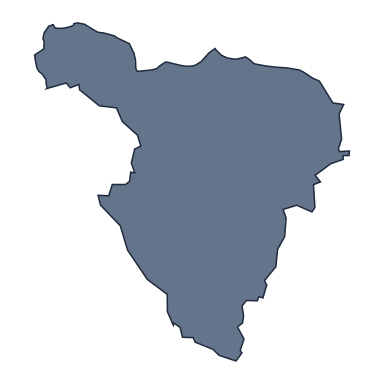 Lipkovo, Lipkovo, North Macedonia
{"feature_id": "65306769B52717367250393", "entity_name": "Lipkovo", "entity_type": "district", "adm_level": 2, "iso_a3": "MKD", "parent_name": "North Macedonia", "parent_adm1": "Lipkovo", "projection": "natural_earth1", "projection_center": [21.557, 42.166], "detail": "fine", "context": "isolated", "style": "filled", "palette": "slate", "viewbox_px": 384, "rotation_deg": 0, "n_neighbors": 0, "source": "geoboundaries", "source_scale": "gbopen_adm2", "svg_char_len": 1820}
<svg xmlns="http://www.w3.org/2000/svg" viewBox="0 0 384 384"><path d="M319.4,81.1L313.0,78.3L302.9,71.7L299.5,70.0L288.4,68.1L286.1,67.8L276.0,67.2L265.5,65.9L259.5,64.8L254.9,63.9L254.1,63.6L252.5,62.4L250.6,60.5L249.8,59.8L245.5,56.9L236.0,59.3L227.6,58.1L223.8,56.4L222.6,55.8L221.2,55.0L216.2,50.1L215.1,48.5L214.5,48.9L209.1,52.8L204.9,57.4L201.4,61.4L196.2,64.7L192.9,66.0L187.1,66.3L181.6,65.6L174.5,63.9L170.8,63.0L167.4,62.2L165.9,62.0L164.5,62.6L158.7,66.7L157.9,68.0L157.1,68.3L153.7,69.5L150.3,70.1L137.3,71.4L137.0,70.7L136.3,69.8L135.8,67.8L135.5,59.8L134.0,53.4L129.4,43.7L117.8,38.2L114.4,35.9L103.9,33.0L101.2,32.7L97.6,32.1L91.7,28.7L84.7,24.3L79.0,23.1L76.3,23.0L73.9,23.7L73.5,25.1L71.2,26.4L65.3,27.9L62.5,28.3L57.8,28.3L55.0,27.9L53.2,24.6L48.7,26.2L44.1,32.9L42.9,38.8L44.2,41.5L43.8,47.8L43.4,49.2L39.4,51.8L34.6,55.0L35.3,60.2L36.8,67.6L38.8,71.4L42.2,74.1L43.4,75.8L45.8,79.5L46.2,81.3L46.1,83.8L47.2,87.9L46.6,88.6L66.3,83.0L70.2,87.8L78.8,84.5L79.6,89.8L99.3,105.8L116.5,107.9L122.4,121.7L137.5,135.2L140.8,146.1L134.7,149.0L131.3,163.0L134.7,172.9L130.7,172.1L129.6,181.2L125.6,184.5L112.3,184.5L108.7,195.8L98.1,195.3L100.5,205.1L120.3,225.8L127.6,250.2L147.3,279.4L167.2,294.4L167.4,311.7L173.3,325.2L173.8,323.1L180.1,327.4L182.5,337.3L193.2,337.6L195.1,342.2L213.1,349.4L219.1,355.4L236.0,361.0L242.0,352.9L240.2,350.6L244.0,339.0L237.5,327.1L242.5,322.9L243.6,316.3L242.1,306.0L246.4,300.5L257.3,300.8L259.0,296.6L262.9,298.0L266.8,284.9L264.4,280.7L275.9,266.7L277.6,249.3L284.7,236.6L286.1,218.0L283.1,209.4L296.7,205.3L312.0,211.9L314.9,207.5L313.5,184.7L320.5,181.9L315.1,175.4L330.6,163.8L343.1,159.4L343.1,155.5L349.0,155.6L349.4,151.0L339.4,151.6L338.5,148.6L341.6,139.0L339.1,113.9L343.7,104.5L332.8,102.9L319.4,81.1Z" fill="#64748b" stroke="#1e293b" stroke-width="1.5"/></svg>